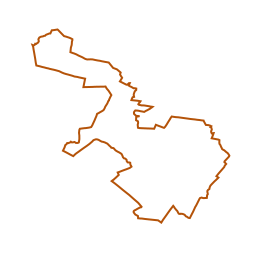 Rongai, Rift Valley, Kenya (orthographic projection), rotated 276°
{"feature_id": "3690345B22198050855445", "entity_name": "Rongai", "entity_type": "district", "adm_level": 2, "iso_a3": "KEN", "parent_name": "Kenya", "parent_adm1": "Rift Valley", "projection": "orthographic", "projection_center": [36.019, -0.061], "detail": "fine", "context": "isolated", "style": "outline", "palette": "amber", "viewbox_px": 256, "rotation_deg": 276, "n_neighbors": 0, "source": "geoboundaries", "source_scale": "gbopen_adm2", "svg_char_len": 5767}
<svg xmlns="http://www.w3.org/2000/svg" viewBox="0 0 256 256"><g transform="rotate(276 128 128)"><path d="M143.9,176.9L143.8,174.4L143.9,171.4L144.0,170.3L142.7,169.5L140.9,168.7L138.3,167.4L135.5,166.1L132.9,164.7L131.9,163.8L132.4,161.8L132.9,160.0L133.2,158.7L133.6,157.2L134.1,155.4L130.0,154.1L129.9,151.6L129.6,147.5L129.3,142.7L129.1,139.2L129.3,137.9L130.4,137.7L132.2,137.3L133.6,137.5L134.5,137.5L135.7,137.2L136.6,135.2L140.0,135.0L141.0,138.3L140.9,134.9L142.7,132.5L143.8,132.3L144.9,132.5L146.2,133.4L146.3,135.8L146.2,137.3L146.0,138.7L145.9,140.5L145.7,142.4L146.6,143.6L147.2,144.4L147.8,145.5L148.6,146.5L149.1,147.4L150.2,148.6L151.0,149.6L151.6,150.2L151.7,149.2L151.6,148.5L151.8,147.2L151.9,145.9L152.0,143.8L152.1,142.3L152.1,141.4L151.9,139.3L152.1,137.7L152.2,136.5L152.7,135.8L153.9,136.3L154.9,137.1L155.9,137.6L156.1,134.8L156.1,131.4L156.1,128.5L157.5,128.8L159.1,129.4L159.6,130.8L161.5,130.2L162.8,130.3L164.0,130.6L165.2,130.9L166.7,132.2L168.1,132.1L168.3,130.6L168.1,129.5L168.6,128.3L169.2,127.1L169.6,125.8L170.3,124.3L172.8,125.1L172.7,124.3L172.0,123.6L171.2,123.2L170.9,121.9L173.5,115.1L177.3,116.9L178.2,116.2L179.0,115.5L180.4,114.5L182.4,114.9L184.2,112.3L185.2,110.8L185.7,108.8L186.2,106.9L188.7,104.4L189.6,103.5L191.1,102.0L191.4,97.8L191.5,96.8L191.6,95.4L191.9,93.0L192.0,90.7L192.2,88.3L192.5,85.7L192.4,83.7L192.3,83.1L191.9,80.2L192.2,78.4L192.9,76.7L193.5,75.4L194.3,73.0L194.8,71.4L195.8,69.0L196.5,66.6L196.7,65.5L197.4,62.8L199.3,62.8L202.0,62.8L204.6,63.3L206.1,63.3L208.0,63.2L209.5,63.5L210.5,63.4L210.9,62.4L211.3,61.4L211.7,60.0L212.0,58.6L212.4,56.8L212.7,54.8L215.6,51.3L218.2,48.2L218.4,47.9L218.6,47.6L217.9,45.1L217.6,44.0L217.2,42.0L213.9,40.9L213.8,39.9L213.2,38.8L212.5,37.4L212.3,37.0L212.0,36.6L211.1,35.9L210.8,34.8L210.2,33.8L209.9,32.6L209.5,31.5L208.6,30.3L206.9,29.6L205.7,30.0L205.2,30.1L204.7,30.2L203.4,29.5L203.0,28.9L202.0,27.9L202.1,26.9L201.0,26.6L200.3,25.5L200.6,24.3L198.9,25.2L196.5,25.8L193.1,26.8L190.6,27.5L187.1,28.5L183.5,29.4L180.6,30.3L180.4,31.8L180.1,34.2L179.7,36.4L179.5,38.3L179.1,40.7L178.9,42.7L178.6,44.1L178.5,45.2L178.3,46.8L178.3,47.1L178.0,49.4L177.6,51.8L177.3,53.6L176.2,56.6L175.8,58.0L175.7,58.3L175.6,58.7L175.2,60.7L174.9,62.8L174.5,65.1L174.1,67.4L173.6,69.4L173.5,72.2L173.2,74.1L173.0,76.2L172.8,78.0L172.6,80.2L169.6,79.9L166.4,79.6L164.0,79.4L164.3,81.8L164.5,83.4L164.7,84.8L164.9,86.5L165.1,88.0L165.3,89.4L165.4,89.9L165.7,92.1L166.0,94.6L166.3,97.0L166.5,99.1L166.9,101.3L165.0,102.7L163.0,104.8L160.9,106.5L159.0,108.0L156.8,107.1L154.1,106.2L153.4,106.2L152.8,105.6L150.3,104.9L146.7,103.1L145.5,102.8L144.0,102.2L143.1,101.7L142.5,100.9L142.3,100.7L141.7,99.9L140.6,98.3L139.8,97.3L138.9,95.8L136.5,95.3L134.0,94.5L132.3,94.0L131.1,93.6L129.4,93.0L127.0,92.2L125.1,91.3L124.4,89.5L124.0,88.0L123.7,86.8L123.4,85.6L123.4,85.3L123.0,83.5L122.6,81.8L122.2,80.2L121.0,79.8L118.0,79.8L115.4,80.4L111.8,80.8L108.5,80.6L107.9,79.6L107.7,77.8L108.5,76.3L108.0,74.8L107.8,73.6L108.4,72.6L107.6,72.0L107.2,71.1L106.7,70.2L106.7,69.1L105.4,68.5L104.9,67.9L104.4,67.4L102.2,67.0L98.6,65.7L97.6,68.3L96.6,70.8L95.5,73.4L94.5,76.0L94.3,76.5L96.7,78.5L97.8,79.7L99.1,81.2L101.3,83.6L103.6,86.2L106.0,89.0L108.2,91.4L111.1,94.1L111.8,94.5L112.3,95.0L112.7,95.7L112.9,96.2L113.3,97.0L113.4,97.4L113.5,98.3L113.4,98.6L113.3,99.1L113.2,99.9L112.8,100.7L112.2,102.0L111.7,103.3L111.6,104.8L111.2,106.6L110.7,107.9L110.3,109.1L109.4,110.2L108.4,111.4L107.5,112.7L106.6,113.5L106.6,114.4L106.5,114.9L106.5,115.7L106.1,116.1L105.8,116.5L105.0,117.3L104.7,117.7L104.4,118.1L104.1,118.6L103.8,119.3L103.4,120.1L103.0,121.3L102.4,122.6L101.6,124.2L100.0,125.3L98.5,126.0L97.4,127.2L97.3,128.4L96.8,129.2L96.2,129.9L95.1,130.1L93.8,131.2L93.7,131.6L93.9,132.7L93.7,133.8L92.7,134.0L91.7,134.2L90.9,134.9L89.9,135.5L88.4,133.8L86.8,130.7L86.0,129.0L84.5,126.0L83.7,124.5L82.7,122.4L80.4,123.7L79.3,122.8L78.2,121.8L77.1,120.9L76.2,120.0L75.1,119.1L74.4,118.2L73.5,117.3L71.7,120.4L68.9,124.8L65.9,129.3L63.1,133.7L61.6,136.1L60.3,137.9L57.6,141.7L54.7,145.9L51.1,149.7L50.6,149.5L50.2,148.2L49.0,146.4L48.0,145.0L47.2,144.0L46.8,143.2L46.2,142.6L45.9,142.4L45.6,142.3L44.6,142.5L42.7,144.3L41.5,147.1L39.3,147.5L39.3,150.0L39.4,151.3L39.3,154.4L39.3,158.8L39.3,163.1L39.3,167.6L37.4,171.0L40.3,172.4L45.2,175.2L47.9,176.7L51.4,178.7L55.3,181.1L54.4,182.0L53.3,182.8L52.3,183.8L51.4,184.7L50.7,185.6L49.7,186.3L49.3,186.5L48.9,186.8L48.1,187.4L47.9,188.7L48.2,189.1L48.3,190.7L48.1,192.0L47.6,193.4L46.2,194.8L45.9,195.9L45.2,197.0L44.9,198.0L44.9,198.9L49.6,200.7L50.8,201.2L52.2,201.7L55.8,202.9L56.7,203.2L57.6,203.7L59.4,204.4L60.7,204.9L61.8,205.3L65.0,206.5L65.9,207.0L66.5,208.5L66.2,209.8L66.2,210.9L66.3,211.3L66.5,212.2L66.5,212.6L66.7,213.7L68.5,213.7L69.5,213.7L70.6,214.3L71.2,214.1L71.7,214.0L72.4,213.7L73.6,213.5L74.7,214.0L75.8,215.3L77.4,215.4L79.3,216.0L80.8,217.1L83.5,219.2L84.8,220.3L85.4,220.9L86.2,221.5L86.7,222.0L88.1,223.1L88.8,221.9L89.3,221.0L92.3,222.9L95.7,225.3L99.3,227.8L100.5,228.1L101.5,228.7L102.5,229.4L103.5,228.3L104.2,227.4L105.1,227.6L108.5,230.2L109.2,230.7L110.3,231.5L111.1,231.7L112.3,230.8L113.5,229.7L114.0,228.8L114.4,228.1L114.9,227.5L115.4,226.7L115.9,226.1L116.2,225.1L116.6,224.4L117.0,223.7L118.1,223.2L119.2,222.4L120.5,221.8L121.4,221.0L121.8,220.6L123.4,220.3L125.5,220.2L125.9,219.3L126.5,212.3L130.0,213.3L131.9,213.7L131.8,213.2L131.3,212.0L132.2,211.3L133.5,211.0L135.2,211.5L136.4,211.1L136.7,211.0L137.2,210.7L137.5,209.9L138.5,210.6L138.6,210.3L139.0,209.3L139.3,207.4L139.2,206.0L139.2,205.1L140.5,204.2L142.5,202.8L143.0,202.5L143.3,202.4L143.3,201.5L143.3,200.3L143.4,198.2L143.4,195.7L143.5,193.7L143.5,190.3L143.5,189.1L143.6,186.5L143.9,176.9Z" fill="none" stroke="#b45309" stroke-width="2"/></g></svg>